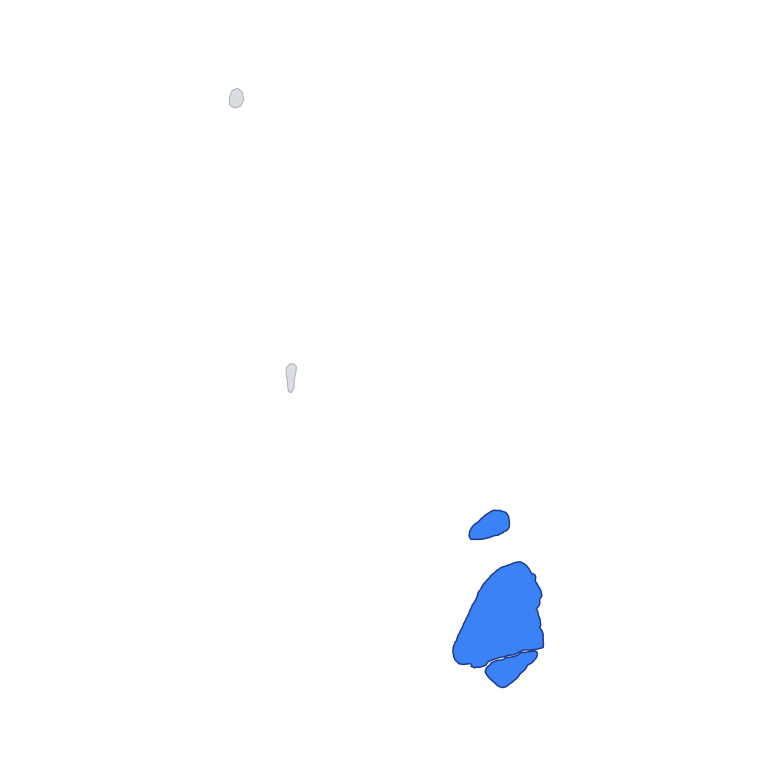 location of South Maalhosmadulu, Maldives, rotated 164°
{"feature_id": "70690204B34947259557359", "entity_name": "South Maalhosmadulu", "entity_type": "district", "adm_level": 2, "iso_a3": "MDV", "parent_name": "Maldives", "parent_adm1": "", "projection": "natural_earth1", "projection_center": [72.971, 5.094], "detail": "fine", "context": "in_parent", "style": "filled", "palette": "blue", "viewbox_px": 768, "rotation_deg": 164, "n_neighbors": 0, "source": "geoboundaries", "source_scale": "gbopen_adm2", "svg_char_len": 5365}
<svg xmlns="http://www.w3.org/2000/svg" viewBox="0 0 768 768"><g transform="rotate(164 384 384)"><path d="M473.7,426.4L469.1,429.3L464.9,428.1L463.4,424.6L465.6,419.3L469.1,412.6L471.5,405.3L475.1,401.4L477.8,402.7L477.5,406.8L476.2,412.4L475.4,419.7L473.7,426.4ZM448.8,708.1L443.2,708.6L439.8,703.5L440.5,696.0L444.9,690.7L451.7,690.4L455.6,695.1L453.6,702.4L448.8,708.1Z" fill="#d9dde1" stroke="#a8b0b8" stroke-width="1"/><path d="M391.7,106.8L391.8,105.3L392.2,102.6L391.8,100.0L391.4,98.4L390.7,97.4L389.9,96.4L389.4,95.1L388.5,94.1L387.1,93.5L385.9,93.0L384.4,92.4L382.6,92.1L381.3,92.0L379.9,91.8L378.6,91.5L377.7,90.8L377.2,89.8L377.7,89.0L378.0,88.5L377.4,87.9L376.4,87.7L376.1,86.9L374.8,86.1L373.7,86.3L373.0,86.5L371.8,85.8L370.0,85.3L367.8,85.4L366.5,85.3L364.6,85.7L363.6,85.7L362.7,86.6L361.7,87.5L360.6,88.1L359.7,88.4L357.5,88.8L355.6,88.9L354.7,88.9L352.6,89.1L351.1,88.9L349.6,89.2L348.2,89.2L346.7,89.0L345.2,88.9L343.3,88.8L341.9,88.8L340.6,88.9L339.1,88.9L337.8,88.5L336.0,88.4L334.2,88.0L332.8,88.0L331.4,88.4L329.7,88.8L328.4,89.1L326.6,89.4L325.1,89.6L324.0,89.7L322.3,89.8L321.1,89.4L319.7,89.0L318.3,88.4L316.9,88.1L315.8,87.7L314.5,87.8L314.0,87.6L312.7,87.4L311.8,87.2L311.2,87.0L309.9,86.9L308.4,86.9L307.5,86.9L306.5,86.8L305.6,86.9L304.9,86.8L304.3,86.8L303.5,87.1L303.4,87.2L302.8,88.9L302.4,90.2L302.1,91.3L301.9,92.4L301.7,93.8L301.3,94.9L301.1,95.8L300.8,96.7L300.4,98.0L300.1,99.2L300.0,100.1L300.0,101.2L300.1,102.4L300.3,103.7L300.6,104.6L300.9,105.4L301.2,106.0L301.4,106.9L300.8,107.7L300.3,108.3L299.8,109.3L299.6,110.4L299.0,114.2L298.9,114.9L299.0,116.8L299.2,118.1L299.3,119.3L299.2,120.3L299.1,121.5L298.9,122.5L299.0,123.7L299.3,124.8L299.6,125.3L299.6,125.6L299.2,126.2L298.7,126.5L297.7,127.1L296.4,127.9L295.2,129.4L294.6,130.5L294.2,132.2L294.0,133.6L293.4,134.5L292.3,135.3L291.5,135.9L290.7,137.1L290.5,138.4L290.2,140.2L290.2,141.3L290.2,142.3L290.4,143.5L290.7,145.0L291.1,146.1L291.5,147.7L291.8,148.9L292.1,150.4L292.5,151.3L292.7,152.2L292.7,153.4L292.3,154.8L292.0,155.4L291.4,156.4L291.3,157.7L291.5,158.8L292.5,160.0L293.6,160.6L294.1,160.7L294.4,161.9L295.0,163.7L295.3,164.9L295.5,166.0L295.9,167.2L296.5,169.1L297.1,170.2L297.9,171.2L298.7,172.5L299.4,173.0L300.6,174.2L301.6,175.3L302.7,175.7L304.0,176.0L305.3,176.1L306.4,176.1L307.2,176.1L308.5,176.3L309.1,176.1L310.5,176.0L311.2,175.9L312.3,175.8L312.9,175.7L313.8,175.7L314.7,175.6L316.9,175.6L317.8,175.4L318.8,175.4L320.5,175.5L322.6,175.1L323.6,174.9L324.3,174.4L325.6,174.1L326.5,173.9L327.7,173.3L328.9,172.6L330.1,171.9L331.4,171.6L332.8,170.9L334.1,170.3L335.4,169.3L336.7,168.4L339.2,167.0L340.5,166.2L342.2,165.1L343.9,163.9L345.2,162.8L346.4,161.5L347.4,160.3L348.8,159.2L350.2,158.3L351.2,157.3L352.6,154.8L354.0,152.9L355.1,151.7L356.2,150.5L357.1,149.5L358.3,148.4L359.5,147.6L360.8,146.3L362.2,144.3L363.3,143.3L364.3,142.1L365.1,140.6L366.3,139.3L367.5,138.1L368.4,137.1L369.3,136.2L370.8,134.4L371.6,133.6L372.6,132.5L373.4,131.7L374.3,130.4L375.1,129.3L375.8,128.7L376.8,127.5L377.9,126.5L379.2,124.7L380.4,123.5L381.5,122.7L382.5,121.4L383.5,119.8L384.5,118.6L384.7,117.7L385.7,116.9L386.4,116.6L387.6,115.0L388.9,113.5L389.7,112.3L390.4,110.8L391.0,109.1L391.3,108.1L391.7,106.8ZM366.0,78.5L365.8,77.7L365.5,76.9L365.2,75.6L364.7,74.3L364.2,73.3L363.7,72.2L363.1,71.1L362.4,69.9L361.8,68.8L361.1,67.8L360.7,67.2L359.8,65.8L359.1,64.6L358.6,63.9L358.3,63.3L357.4,62.1L356.9,61.8L355.9,60.9L355.2,60.3L354.4,59.7L353.0,59.5L351.6,59.4L350.2,59.4L348.8,59.8L346.9,60.6L345.2,61.3L343.4,61.8L342.1,62.4L340.7,63.0L339.5,63.6L337.8,64.3L336.8,64.9L334.9,66.3L333.6,67.6L332.6,68.0L331.3,68.7L330.4,69.1L329.5,69.5L328.8,70.0L327.9,70.3L326.7,71.0L325.6,71.9L324.9,72.7L324.2,73.4L323.3,74.1L322.5,74.5L321.4,74.6L320.4,74.8L319.5,75.0L318.6,75.3L317.6,75.8L316.9,76.2L315.4,77.3L314.6,77.9L313.4,78.6L312.6,79.4L311.9,80.3L311.5,81.1L311.3,81.9L311.1,82.5L311.0,83.1L310.9,83.6L311.0,84.3L311.4,84.9L312.1,85.5L312.5,85.7L313.3,85.9L314.3,86.0L315.6,86.4L316.6,86.6L318.1,86.6L319.9,86.9L321.6,87.1L323.4,87.5L324.8,87.8L326.0,87.9L328.1,87.5L329.3,87.1L330.3,86.5L332.3,86.3L333.2,86.1L335.3,86.3L336.6,86.4L338.2,86.7L340.2,86.9L341.2,87.2L342.1,87.3L342.8,87.4L343.5,87.1L344.3,86.7L345.1,86.4L346.0,86.3L347.0,86.4L348.0,86.6L349.2,86.7L350.5,86.9L351.3,87.0L352.3,87.0L353.2,87.0L354.2,86.8L355.3,86.7L356.5,86.6L358.0,86.3L359.1,85.3L360.1,84.6L361.8,84.0L362.8,83.4L363.8,82.7L364.7,81.8L365.3,81.1L365.7,80.2L365.9,79.5L366.0,78.5ZM344.0,213.6L343.8,212.2L343.3,210.8L342.3,210.3L341.5,210.2L341.0,210.1L340.5,209.9L338.7,209.4L337.1,208.9L335.7,208.5L333.2,208.0L331.8,207.7L330.3,207.7L328.5,207.6L326.6,207.4L324.3,207.4L322.7,207.6L321.0,207.8L319.3,207.8L318.0,207.6L315.9,207.2L314.2,207.9L312.4,208.0L310.5,208.2L309.6,209.0L307.9,209.2L306.3,209.4L305.2,210.2L304.3,210.7L303.4,211.6L302.8,212.8L302.2,214.3L301.8,215.7L301.4,217.4L301.1,219.7L300.9,221.2L300.9,222.5L301.2,224.2L301.5,225.3L302.2,226.5L303.0,227.4L304.0,228.2L304.9,228.7L306.7,230.0L307.6,230.6L309.3,231.0L310.5,231.4L311.9,232.0L314.0,232.3L314.9,232.3L316.3,231.9L318.0,231.5L319.2,231.1L320.9,230.7L322.7,230.1L324.2,229.2L326.5,228.3L328.2,227.5L329.7,226.5L331.4,225.4L333.3,224.9L335.7,224.1L337.6,223.0L339.7,221.5L341.0,220.1L342.2,218.6L343.3,216.6L343.9,214.7L344.0,213.6Z" fill="#3b82f6" stroke="#1e3a8a" stroke-width="1.5"/></g></svg>